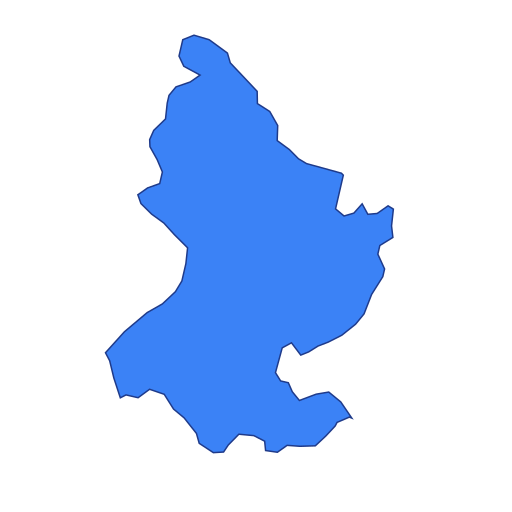 the district of Namwon-si, North Jeolla, South Korea, rotated 103°
{"feature_id": "91817680B21680824294868", "entity_name": "Namwon-si", "entity_type": "district", "adm_level": 2, "iso_a3": "KOR", "parent_name": "South Korea", "parent_adm1": "North Jeolla", "projection": "mercator", "projection_center": [127.45, 35.426], "detail": "fine", "context": "isolated", "style": "filled", "palette": "blue", "viewbox_px": 512, "rotation_deg": 103, "n_neighbors": 0, "source": "geoboundaries", "source_scale": "gbopen_adm2", "svg_char_len": 1433}
<svg xmlns="http://www.w3.org/2000/svg" viewBox="0 0 512 512"><g transform="rotate(103 256 256)"><path d="M392.4,126.2L379.1,140.6L372.2,154.5L377.1,166.3L387.0,181.2L380.1,190.1L372.2,196.0L372.2,203.9L365.3,210.8L339.6,209.8L332.6,201.9L342.5,190.1L337.6,183.1L329.7,175.2L323.7,166.3L313.8,154.5L300.0,143.6L288.1,137.7L267.4,134.7L247.6,127.8L239.7,127.8L226.8,137.7L217.9,137.7L207.1,126.8L196.2,130.7L179.4,132.7L177.4,138.6L187.3,147.5L190.2,156.4L181.3,164.3L192.2,170.3L197.2,179.2L192.2,189.1L172.4,189.1L157.6,189.1L156.1,191.4L154.6,227.6L151.7,236.5L144.8,247.4L138.8,261.3L124.0,264.2L112.1,275.1L107.2,288.9L95.3,291.9L73.6,324.5L64.7,329.5L56.7,348.1L55.8,350.3L54.8,366.1L61.7,376.0L78.5,376.0L87.4,369.0L92.3,351.2L101.2,359.2L109.2,372.0L119.0,376.9L127.0,376.9L142.8,375.0L156.6,383.9L166.5,385.8L173.4,383.9L184.3,374.0L195.2,366.1L207.1,366.1L214.0,376.9L220.4,382.6L222.9,384.9L230.8,379.9L238.7,367.1L244.6,353.2L253.5,340.4L263.4,324.5L279.2,322.6L297.0,322.6L308.9,326.5L323.7,336.4L335.6,349.3L359.3,367.1L384.1,380.9L391.0,375.0L406.8,367.1L424.7,356.3L420.6,351.4L420.6,339.0L409.8,329.7L411.4,314.3L423.7,301.9L429.9,289.6L442.3,274.1L451.3,269.2L457.2,253.3L454.3,243.5L446.4,240.5L433.5,232.6L431.5,217.7L434.5,205.9L443.4,202.9L442.4,191.0L433.5,183.1L431.5,170.3L427.6,155.5L415.7,147.5L403.8,140.6L399.9,139.6L392.0,128.8L392.4,126.2Z" fill="#3b82f6" stroke="#1e3a8a" stroke-width="1.5"/></g></svg>